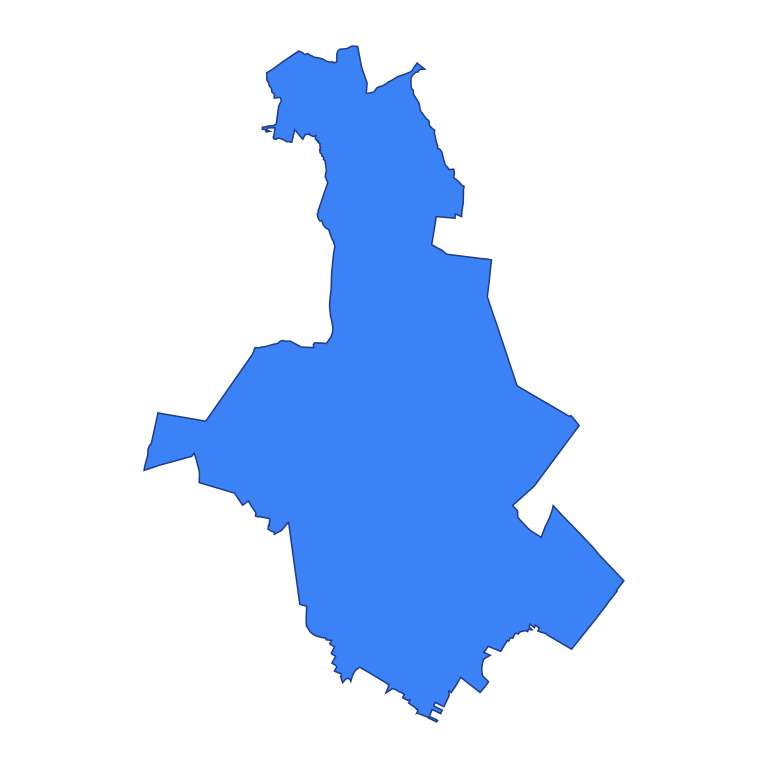 Tolcayuca, Hidalgo, Mexico (Robinson projection)
{"feature_id": "50627088B94352894601909", "entity_name": "Tolcayuca", "entity_type": "district", "adm_level": 2, "iso_a3": "MEX", "parent_name": "Mexico", "parent_adm1": "Hidalgo", "projection": "robinson", "projection_center": [-98.927, 19.964], "detail": "fine", "context": "isolated", "style": "filled", "palette": "blue", "viewbox_px": 768, "rotation_deg": 0, "n_neighbors": 0, "source": "geoboundaries", "source_scale": "gbopen_adm2", "svg_char_len": 6008}
<svg xmlns="http://www.w3.org/2000/svg" viewBox="0 0 768 768"><path d="M428.5,718.0L436.5,721.9L437.7,720.4L429.3,716.3L432.2,709.5L440.7,713.7L442.2,710.2L433.7,705.9L435.2,702.4L443.9,706.7L449.2,695.6L448.7,691.2L451.2,692.6L456.8,684.2L460.7,677.3L480.1,692.5L484.7,687.0L487.0,684.1L488.6,681.7L482.6,675.9L482.1,673.4L481.7,668.6L482.2,664.4L483.7,659.1L490.3,655.3L483.7,652.3L486.4,649.1L488.0,646.3L500.7,651.4L505.0,644.2L507.4,640.5L508.1,641.1L508.9,640.7L509.6,639.5L509.6,639.0L509.9,638.2L510.4,637.8L511.6,638.0L511.9,637.8L512.3,638.1L512.6,638.1L513.0,638.0L514.4,634.9L514.8,634.3L515.1,633.4L516.1,633.4L518.3,634.1L519.6,632.1L525.0,630.6L527.7,631.6L528.3,629.4L531.6,629.8L531.6,629.6L532.0,629.6L529.1,626.8L530.1,624.1L534.2,627.6L534.4,627.7L535.4,625.1L539.2,627.9L537.9,631.0L538.1,631.2L546.4,633.8L547.0,634.8L571.6,649.2L594.3,620.8L604.4,607.7L609.6,600.6L617.1,591.2L616.4,590.5L623.9,580.8L599.1,554.8L593.4,547.8L577.3,530.8L562.8,516.0L553.2,505.6L552.2,510.0L549.7,517.3L546.9,523.4L545.6,525.7L541.2,537.3L531.1,531.0L528.2,528.5L521.5,521.5L517.8,517.4L517.6,511.1L512.6,505.3L515.2,503.2L534.4,485.9L579.1,425.6L575.0,420.2L571.5,416.1L570.9,415.6L569.2,416.3L521.1,388.2L517.0,385.6L496.2,322.9L493.5,315.4L487.3,296.7L488.5,287.0L489.4,279.7L490.8,265.6L491.5,259.9L487.0,259.1L478.2,258.2L448.0,254.4L446.2,253.9L441.6,249.9L440.1,249.3L436.3,247.4L431.7,244.6L434.9,225.3L436.2,216.9L436.3,216.6L455.0,218.2L455.3,214.0L461.6,216.6L461.9,210.9L463.3,202.8L463.5,189.3L463.6,188.5L464.2,186.6L464.0,186.3L462.0,185.2L457.8,180.8L453.6,177.5L454.4,173.1L453.8,169.2L448.9,169.5L447.4,167.0L445.7,165.6L445.1,164.4L444.9,163.5L443.7,159.9L441.9,152.3L440.8,150.5L439.4,148.9L437.7,148.6L437.5,147.9L437.7,146.4L437.3,144.6L435.8,140.1L435.2,136.0L434.3,134.0L434.7,131.2L434.6,130.1L433.2,129.3L430.4,126.5L429.4,124.9L429.0,123.4L429.4,121.8L428.2,120.1L426.9,119.3L425.5,117.6L423.8,115.4L422.2,113.0L420.9,111.7L420.0,109.0L419.7,106.4L418.9,102.7L417.5,100.7L413.5,94.2L413.3,90.4L412.3,89.4L411.4,88.0L411.0,83.9L410.9,79.0L411.7,76.6L413.3,74.5L414.6,73.5L415.6,72.3L418.1,71.9L418.3,70.8L419.8,69.7L420.9,69.2L424.7,69.2L417.1,63.0L413.9,67.5L412.1,70.8L409.2,72.5L403.6,74.7L398.1,76.4L393.3,79.4L389.8,81.3L387.5,82.4L386.1,83.9L384.4,84.7L382.3,85.9L378.3,87.0L376.6,88.2L374.8,90.7L373.6,92.1L367.3,93.4L366.3,93.1L367.1,83.2L361.4,66.3L357.7,46.5L352.9,46.1L351.1,46.4L348.3,48.0L346.9,48.5L345.4,48.8L341.3,49.1L339.5,49.4L337.9,50.9L337.0,53.3L336.8,55.0L336.9,61.1L336.4,62.2L335.1,62.4L333.6,62.9L333.1,62.0L331.7,61.9L329.9,62.2L326.7,61.3L325.0,60.4L324.1,59.7L322.3,58.9L317.7,57.7L315.0,57.4L313.0,56.7L312.3,56.0L310.2,55.2L309.4,54.8L308.7,54.1L307.6,53.5L306.6,53.8L305.4,54.5L304.1,54.2L303.0,53.0L301.9,52.4L298.8,51.0L293.0,54.8L281.6,62.6L272.5,69.3L266.6,72.8L266.7,74.8L267.0,76.3L266.8,78.1L266.9,80.0L267.6,81.6L268.3,82.0L268.8,83.0L269.0,84.0L268.9,85.0L269.6,86.4L270.6,87.3L271.2,88.1L271.6,89.2L271.6,90.9L272.1,92.2L273.1,93.0L274.3,94.7L274.5,95.6L274.3,96.6L274.2,98.1L276.6,97.9L279.0,97.4L280.1,97.5L280.6,98.4L281.0,99.7L281.2,100.9L281.0,101.8L280.6,102.3L279.7,103.7L279.5,104.8L278.8,105.5L276.2,124.1L273.8,125.5L269.3,125.9L264.3,127.0L262.4,127.2L262.4,128.0L262.9,128.9L262.6,129.3L264.3,129.4L265.7,130.2L265.8,131.1L266.5,132.0L269.9,131.3L266.5,130.0L267.9,127.9L275.0,127.8L273.6,137.5L273.3,137.4L273.4,138.0L273.8,138.8L275.1,139.2L276.3,139.2L277.2,138.8L278.2,137.8L279.5,138.3L281.1,138.7L284.5,140.4L286.1,141.4L286.9,141.8L288.3,141.5L289.9,142.0L291.8,142.2L294.7,129.7L302.8,139.3L303.7,137.4L305.4,134.7L305.9,134.4L307.8,134.5L309.1,133.8L309.7,133.8L309.9,135.0L310.1,135.2L313.2,136.5L314.2,136.2L315.7,135.6L315.3,137.8L315.6,138.1L315.5,139.2L316.5,139.5L316.9,140.8L318.0,141.0L317.8,141.8L318.2,142.5L318.8,142.5L319.1,143.1L319.9,143.6L320.0,146.7L320.5,147.2L319.7,149.7L320.5,150.3L319.8,150.9L320.2,153.0L321.9,154.3L321.8,155.7L322.7,156.7L323.4,156.8L323.8,157.5L323.4,159.6L325.0,160.5L326.4,170.3L325.7,173.6L325.2,176.8L327.8,182.5L318.1,211.0L318.2,212.8L317.2,214.1L317.8,216.8L318.3,218.3L319.9,221.0L320.9,220.9L321.7,221.0L322.3,222.0L323.0,224.3L324.5,226.6L325.8,228.0L328.7,229.6L331.5,237.8L333.2,241.1L334.9,246.1L333.5,254.1L331.6,273.7L331.1,289.9L330.0,298.5L329.5,305.7L330.4,315.0L332.0,322.2L332.9,328.3L332.5,332.4L330.9,337.0L328.2,341.0L326.3,343.6L322.9,343.1L314.6,342.8L313.3,344.7L313.7,347.6L301.5,347.1L290.1,341.1L285.4,341.2L283.3,340.5L280.4,341.1L278.1,343.0L277.0,343.7L274.0,344.1L267.0,346.2L262.5,347.1L261.2,347.1L258.4,347.9L257.9,347.8L257.3,347.6L255.2,347.6L254.8,348.2L254.1,349.7L253.8,351.1L252.4,354.4L205.7,421.2L157.8,412.9L157.4,415.7L151.3,443.5L149.4,445.7L147.9,449.8L147.9,454.8L144.6,466.7L144.1,470.4L161.2,464.7L191.8,456.3L194.0,453.2L195.9,458.2L198.9,469.8L199.3,471.7L199.5,474.6L199.1,482.6L233.4,492.8L234.4,492.9L242.2,504.6L242.8,505.2L248.2,501.0L254.0,510.1L255.9,512.7L255.5,516.1L258.2,516.9L259.1,516.6L269.7,518.6L269.2,525.4L268.5,525.3L268.0,529.2L271.5,531.2L274.2,532.0L274.3,534.3L281.5,530.4L288.2,522.6L288.6,522.4L299.8,604.3L302.0,605.1L306.7,606.1L306.2,617.7L306.2,623.8L306.6,626.2L307.0,626.7L310.2,631.9L313.1,634.3L314.8,635.4L316.7,636.1L323.2,637.9L325.4,637.7L326.2,639.8L331.4,640.4L329.7,643.9L334.5,646.9L331.2,653.2L331.7,653.9L335.7,656.3L333.8,659.6L332.0,663.1L336.0,665.6L336.7,667.0L334.4,671.1L339.4,673.2L341.0,673.5L341.1,674.7L341.1,676.1L340.6,676.5L342.6,682.6L345.6,679.3L346.7,678.5L348.1,678.5L349.4,678.9L350.3,680.0L350.8,681.3L352.5,675.5L355.1,670.8L357.0,669.1L359.6,667.2L371.4,674.0L386.0,682.9L389.1,685.0L385.9,692.8L392.6,688.6L394.9,689.4L395.0,689.2L397.4,690.6L398.5,691.5L399.7,692.0L400.5,692.1L402.1,693.0L404.3,694.4L402.5,697.6L404.9,699.0L407.2,700.1L409.8,700.1L410.6,699.0L408.5,702.8L410.7,704.6L415.2,707.5L416.5,708.8L416.3,709.2L418.2,710.1L416.7,713.2L416.9,713.1L418.5,713.6L428.7,717.6L428.5,718.0Z" fill="#3b82f6" stroke="#1e3a8a" stroke-width="1.5"/></svg>